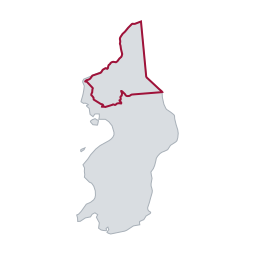 Tataouine highlighted on a map of Tunisia, rotated 187°
{"feature_id": "TUN-98", "entity_name": "Tataouine", "entity_type": "Governorate", "adm_level": 1, "iso_a3": "TUN", "parent_name": "Tunisia", "parent_adm1": "", "projection": "mercator", "projection_center": [10.291, 31.745], "detail": "medium", "context": "in_parent", "style": "outline", "palette": "rose", "viewbox_px": 256, "rotation_deg": 187, "n_neighbors": 0, "source": "natural_earth", "source_scale": "10m", "svg_char_len": 4074}
<svg xmlns="http://www.w3.org/2000/svg" viewBox="0 0 256 256"><g transform="rotate(187 128 128)"><path d="M177.8,148.3L177.8,149.1L176.9,154.8L176.7,156.8L176.5,160.3L176.5,164.4L178.5,167.9L178.6,169.4L177.8,171.2L174.1,173.2L169.4,175.9L165.3,178.4L160.8,181.1L159.5,182.8L157.2,184.2L155.4,185.5L155.0,186.8L153.7,189.3L152.0,191.2L147.8,192.2L147.0,192.7L145.0,195.7L144.1,196.8L143.0,199.3L144.5,205.5L146.2,211.9L146.6,214.6L146.5,216.8L145.5,219.2L143.3,222.6L141.6,225.1L138.4,229.6L137.5,230.7L135.3,232.0L131.1,233.7L128.1,235.3L126.6,228.4L125.3,222.6L124.2,217.7L122.3,209.2L120.7,201.9L119.1,194.6L117.6,188.0L116.2,181.3L115.6,180.3L111.2,177.2L107.1,174.3L102.9,171.0L98.4,167.4L97.7,162.8L95.3,156.0L92.9,152.1L91.9,151.1L87.0,148.6L84.1,146.8L83.3,145.7L82.8,142.9L80.7,137.3L78.4,132.2L77.5,128.8L77.4,124.4L77.9,121.3L78.9,120.0L83.7,116.0L86.0,111.3L88.8,109.5L91.2,108.2L93.1,106.6L94.9,104.1L96.2,101.5L96.4,98.6L97.0,94.0L97.9,90.8L99.9,87.1L99.1,84.2L98.0,81.0L98.3,75.5L98.0,73.2L97.1,71.3L96.2,68.7L96.2,66.6L97.1,61.0L97.7,56.7L98.8,51.2L98.4,49.6L97.6,48.4L95.3,47.2L95.2,46.5L95.8,45.6L99.3,42.9L101.2,38.9L102.7,38.1L105.1,36.6L105.0,35.1L104.5,33.4L110.7,31.5L116.6,26.5L118.6,25.3L132.3,20.7L134.1,21.0L136.1,21.7L135.5,23.4L134.7,24.8L135.9,27.2L137.5,25.7L137.1,24.7L137.0,23.4L139.8,23.3L142.3,23.5L145.0,25.0L144.9,30.4L148.5,35.6L147.5,38.3L150.5,39.8L153.1,38.0L154.4,35.2L159.3,33.6L164.0,29.6L166.5,29.1L167.1,32.5L168.3,35.4L166.6,36.4L164.3,39.5L160.1,47.3L156.2,49.6L153.3,52.5L152.3,54.7L152.1,57.2L152.8,61.6L154.9,66.1L157.4,68.8L159.8,69.6L165.3,73.9L165.2,76.4L166.0,79.4L166.3,83.1L168.2,86.0L164.1,92.3L161.8,96.9L157.4,103.2L153.5,107.2L145.1,113.3L143.1,115.3L141.8,117.3L141.1,119.5L141.4,122.0L144.1,128.3L147.8,131.9L151.5,133.9L158.0,133.1L157.8,135.5L158.2,138.4L160.9,138.2L162.6,137.8L164.1,135.0L167.3,136.9L168.9,142.7L171.6,144.5L171.9,145.2L171.0,145.6L170.2,146.3L171.0,146.8L173.6,147.5L175.2,147.0L177.8,148.3ZM164.1,132.1L163.5,132.3L162.2,133.1L161.6,133.2L159.8,132.2L159.1,132.3L158.2,131.6L158.5,128.1L158.8,127.1L163.2,127.0L165.6,129.1L166.0,129.6L166.1,130.2L165.0,131.4L164.1,132.1ZM172.1,100.9L168.3,103.1L169.0,101.1L171.6,98.8L172.2,99.4L172.1,100.9Z" fill="#d9dde1" stroke="#a8b0b8" stroke-width="1"/><path d="M169.7,175.7L162.0,179.4L161.3,180.2L160.3,182.5L159.5,183.3L158.6,183.9L157.7,184.6L157.2,184.7L156.8,184.5L156.3,184.3L155.9,184.2L155.3,184.8L155.1,187.2L154.8,188.2L153.7,189.2L153.3,190.2L153.0,190.6L152.2,191.3L150.8,191.9L148.0,191.8L146.7,192.9L145.0,195.9L143.4,197.7L143.1,198.4L142.8,200.3L142.8,200.8L144.7,205.8L145.5,208.9L146.3,210.6L146.3,211.1L146.2,212.2L146.3,213.3L146.9,215.3L146.9,216.3L146.5,217.5L144.9,220.7L142.7,223.3L140.0,227.6L136.9,231.6L136.3,232.0L134.4,232.1L133.7,232.3L128.1,235.3L116.2,181.3L115.9,180.8L115.6,180.4L102.1,170.6L99.1,168.6L98.4,167.9L98.8,167.7L128.2,161.7L129.1,161.2L130.1,160.3L130.6,160.0L131.9,159.7L133.0,159.6L133.9,159.9L134.4,160.3L135.2,161.3L137.9,163.4L138.8,163.9L139.2,163.9L139.3,163.8L139.2,163.6L138.1,161.5L138.2,160.1L138.2,159.4L138.3,159.3L139.0,158.5L139.3,157.9L139.3,157.6L139.0,157.0L138.9,156.8L138.8,155.8L138.8,155.2L139.0,154.9L139.2,154.7L139.7,154.6L139.8,154.5L139.8,154.3L139.7,154.1L139.1,153.5L138.1,152.7L137.9,152.4L137.7,152.0L137.9,151.5L140.0,151.5L141.2,151.2L142.1,150.8L142.9,149.8L143.4,149.5L143.7,149.3L144.2,149.4L145.4,149.6L145.9,149.5L146.2,149.2L146.4,149.1L148.1,148.3L148.5,148.1L153.1,146.1L154.2,146.2L156.1,146.0L156.4,146.0L156.4,146.4L156.2,146.7L156.1,147.0L155.5,147.3L155.4,147.5L155.6,147.8L155.9,148.1L156.6,148.4L157.7,148.5L158.3,148.7L165.2,151.9L165.5,152.1L165.6,152.4L165.9,153.8L166.2,154.2L167.4,155.4L168.3,156.0L168.5,156.4L168.5,156.7L168.5,157.2L168.0,158.8L167.9,159.0L168.0,161.6L168.0,162.0L167.8,162.9L167.8,163.2L167.9,163.4L174.4,168.8L174.9,169.0L175.0,169.1L175.8,168.9L176.0,168.9L176.1,169.0L175.9,169.6L175.7,169.8L174.8,170.5L173.2,171.1L172.2,171.8L171.8,172.1L171.4,172.6L169.7,175.7Z" fill="none" stroke="#9f1239" stroke-width="2"/></g></svg>